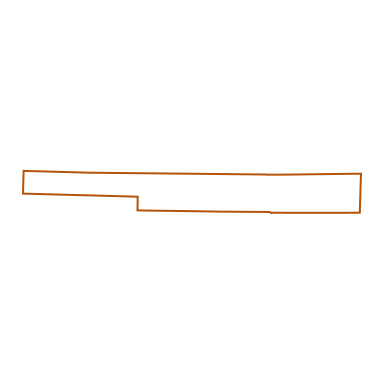 Delgo, Northern, Sudan (Albers equal-area conic projection)
{"feature_id": "16777658B54397395103229", "entity_name": "Delgo", "entity_type": "district", "adm_level": 2, "iso_a3": "SDN", "parent_name": "Sudan", "parent_adm1": "Northern", "projection": "albers", "projection_center": [29.933, 20.083], "detail": "fine", "context": "isolated", "style": "outline", "palette": "amber", "viewbox_px": 384, "rotation_deg": 0, "n_neighbors": 0, "source": "geoboundaries", "source_scale": "gbopen_adm2", "svg_char_len": 673}
<svg xmlns="http://www.w3.org/2000/svg" viewBox="0 0 384 384"><path d="M361.0,173.7L359.3,173.7L287.0,174.6L272.0,174.7L267.6,174.7L267.4,174.7L267.0,174.8L265.8,174.5L89.3,172.7L23.6,170.9L23.5,175.5L23.1,188.8L23.1,191.5L23.0,193.6L137.7,196.7L137.5,210.4L137.8,210.4L140.8,210.4L143.6,210.5L213.7,211.5L217.7,211.6L242.8,211.8L261.5,211.9L269.7,212.0L270.6,212.5L271.3,213.1L271.8,212.7L288.5,212.8L304.5,212.8L306.1,212.8L318.6,212.8L320.7,212.8L344.4,212.8L355.7,212.7L358.2,212.7L359.7,212.7L359.8,212.7L359.9,210.2L360.0,206.1L360.1,202.7L360.5,188.6L360.5,188.1L360.7,184.0L360.7,181.3L360.9,176.8L361.0,173.7Z" fill="none" stroke="#b45309" stroke-width="2"/></svg>